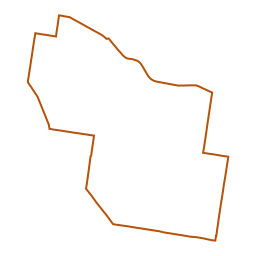 Glen Eira, Victoria, Australia
{"feature_id": "25037944B56718384218889", "entity_name": "Glen Eira", "entity_type": "district", "adm_level": 2, "iso_a3": "AUS", "parent_name": "Australia", "parent_adm1": "Victoria", "projection": "mercator", "projection_center": [145.042, -37.899], "detail": "fine", "context": "isolated", "style": "outline", "palette": "amber", "viewbox_px": 256, "rotation_deg": 0, "n_neighbors": 0, "source": "geoboundaries", "source_scale": "gbopen_adm2", "svg_char_len": 5211}
<svg xmlns="http://www.w3.org/2000/svg" viewBox="0 0 256 256"><path d="M113.0,224.1L114.5,224.4L115.6,224.6L117.5,224.9L118.8,225.0L119.8,225.2L123.4,225.7L124.9,225.9L125.8,226.0L128.9,226.5L132.5,227.1L132.9,227.2L133.8,227.3L136.1,227.7L137.6,227.9L139.8,228.2L141.1,228.4L142.1,228.6L144.6,229.0L146.6,229.3L147.3,229.4L148.6,229.6L151.7,230.1L152.5,230.2L153.7,230.4L159.5,231.3L160.1,231.5L162.4,232.0L163.8,232.4L165.8,232.7L166.1,232.8L168.5,233.1L169.7,233.3L171.6,233.6L174.1,234.0L175.1,234.2L181.3,235.1L182.3,235.3L184.0,235.6L186.5,236.0L189.7,236.6L190.5,236.7L193.0,236.9L195.4,237.1L196.1,237.1L196.4,237.2L200.2,237.8L201.4,238.0L201.5,238.0L205.3,238.8L208.4,239.5L208.6,239.5L208.9,239.6L212.4,240.3L215.3,240.6L215.4,239.8L215.4,239.6L215.7,238.0L215.8,237.4L216.0,236.2L216.0,235.9L216.3,235.9L217.1,229.8L218.1,223.3L218.2,222.6L218.3,221.5L218.5,220.0L218.6,219.1L219.0,216.8L219.1,215.9L219.3,214.5L219.6,212.8L219.7,212.2L220.0,209.9L220.4,207.6L220.7,205.3L221.1,203.0L221.4,200.8L221.4,200.7L221.9,198.3L222.5,194.0L223.1,190.4L223.2,189.4L223.3,188.7L223.5,187.3L223.6,186.6L223.9,184.5L224.4,181.7L224.9,178.8L225.3,176.4L225.7,173.5L225.9,172.5L226.5,168.6L226.6,168.0L226.7,167.3L227.0,164.9L227.2,164.1L227.5,162.2L227.9,159.5L228.0,158.8L228.2,157.7L228.2,156.7L221.4,155.7L220.1,155.4L217.8,155.1L215.6,154.7L214.3,154.5L212.5,154.2L211.8,154.1L210.1,153.9L209.4,153.8L207.7,153.5L206.8,153.4L205.5,153.2L203.1,152.8L203.9,148.1L204.1,147.2L204.4,144.9L204.5,144.2L205.0,140.6L205.1,140.1L205.3,138.9L205.6,136.8L205.7,136.5L205.8,135.6L206.0,134.0L206.2,132.9L206.4,131.6L206.7,129.1L206.8,128.5L207.3,125.0L207.9,120.8L208.0,120.3L208.4,117.8L208.5,117.3L208.7,115.3L209.0,113.6L209.1,113.2L209.3,111.6L209.4,111.0L209.4,110.8L209.7,108.7L210.0,107.1L210.2,105.6L210.6,102.9L211.0,100.3L211.4,97.4L211.8,95.2L211.9,94.7L212.2,92.6L210.7,91.9L209.6,91.4L208.2,90.8L207.0,90.2L204.4,89.0L202.8,88.3L202.0,87.9L200.2,87.0L198.5,86.2L198.1,86.1L197.8,86.0L197.4,85.8L197.1,85.7L196.7,85.6L196.4,85.5L196.0,85.4L195.4,85.4L194.8,85.3L193.7,85.3L192.6,85.3L191.6,85.3L187.9,85.4L184.7,85.5L183.5,85.5L182.2,85.5L181.4,85.5L179.6,85.6L179.0,85.6L178.5,85.5L178.0,85.5L177.5,85.5L177.0,85.4L176.1,85.2L174.4,84.9L173.2,84.7L172.1,84.5L171.8,84.4L169.5,84.0L169.3,84.0L168.1,83.7L166.6,83.5L163.6,82.9L160.9,82.4L158.2,81.9L156.8,81.6L156.2,81.5L155.5,81.3L154.9,81.1L154.5,81.0L154.1,80.8L153.6,80.6L153.0,80.3L152.6,80.1L152.2,79.8L151.8,79.6L151.4,79.3L151.0,79.0L150.5,78.6L150.1,78.3L149.8,78.0L149.5,77.6L149.3,77.4L149.0,77.1L148.7,76.8L148.4,76.4L148.0,75.8L147.6,75.0L146.5,73.2L145.9,72.1L143.8,68.6L143.2,67.5L142.8,66.8L142.0,65.6L141.3,64.5L141.1,64.1L140.8,63.8L140.5,63.4L140.2,63.0L139.8,62.6L139.3,62.1L138.7,61.6L138.1,61.2L137.1,60.7L133.7,59.6L133.0,59.3L131.6,59.1L130.7,59.0L130.1,58.9L129.6,58.8L128.9,58.7L128.7,58.7L126.6,58.2L126.1,58.0L124.1,56.5L123.8,56.2L122.6,55.1L122.0,54.4L121.8,54.1L119.7,51.7L118.3,50.2L117.6,49.4L116.8,48.4L115.4,46.7L114.5,45.6L113.2,44.1L110.5,40.7L109.0,38.9L108.9,38.8L108.7,38.6L108.3,38.5L108.1,38.4L107.9,38.4L107.6,38.5L107.3,38.6L107.1,38.7L107.0,38.8L106.9,38.8L106.6,38.8L106.3,38.8L106.2,38.7L104.9,37.4L104.7,37.2L103.6,36.3L102.2,35.3L101.8,35.0L101.7,34.9L101.4,34.8L99.7,33.8L99.3,33.6L98.2,33.0L97.9,32.8L96.7,32.2L95.8,31.7L94.2,30.8L93.3,30.3L92.2,29.7L89.9,28.4L87.7,27.2L85.7,26.1L81.9,24.0L81.6,23.8L79.3,22.5L77.9,21.7L76.0,20.7L73.7,19.5L71.0,17.9L69.7,17.2L66.0,16.5L65.5,16.5L64.0,16.2L61.9,15.8L59.0,15.4L58.8,16.9L58.7,17.7L58.6,18.6L58.4,19.6L58.3,20.3L58.3,20.7L58.2,21.5L58.0,22.2L58.0,22.8L57.9,23.2L57.6,25.5L57.4,26.9L57.2,27.8L57.0,29.7L56.9,29.9L56.6,31.8L56.3,34.1L56.3,34.3L56.2,35.1L56.0,36.5L52.3,35.9L50.8,35.7L48.1,35.2L46.8,35.0L45.7,34.8L44.4,34.7L43.2,34.5L41.3,34.2L39.3,33.9L39.1,33.8L38.8,33.8L35.3,33.2L35.0,35.4L34.7,37.4L34.6,37.6L34.3,39.6L34.2,40.2L33.9,42.0L33.2,46.7L32.9,48.6L32.5,51.3L32.1,53.9L31.9,55.3L31.8,56.3L31.5,57.8L31.4,58.4L31.1,60.2L31.1,60.6L30.7,63.2L30.5,64.3L30.4,65.3L30.2,66.8L30.1,67.2L29.8,68.8L29.4,72.0L29.2,72.8L29.2,73.1L28.7,76.2L28.6,77.2L28.4,78.2L28.3,78.7L27.8,82.1L28.4,83.0L28.7,83.5L30.2,85.7L31.8,88.0L33.1,90.0L33.7,90.9L35.5,93.7L37.3,96.3L37.6,96.7L37.6,96.9L39.1,100.6L39.6,101.8L40.3,103.5L42.9,110.0L43.4,111.1L44.9,114.9L45.3,115.7L45.6,116.6L45.9,117.4L48.0,122.6L48.7,124.2L48.9,125.4L49.0,125.9L49.5,128.7L49.5,128.9L51.7,129.2L52.5,129.4L54.4,129.7L56.8,130.0L57.2,130.1L60.1,130.5L62.9,130.9L64.8,131.2L66.2,131.5L66.4,131.5L70.4,132.1L71.0,132.2L73.6,132.6L75.0,132.8L75.5,132.9L78.6,133.3L81.1,133.7L83.5,134.1L84.3,134.2L86.7,134.5L88.3,134.8L94.0,135.6L93.4,140.2L93.1,141.8L93.0,142.7L92.9,143.3L92.8,144.2L92.4,146.9L92.4,147.0L92.1,149.3L91.7,151.7L91.4,153.9L91.2,155.6L91.1,155.8L90.8,156.0L90.7,156.1L90.5,156.4L90.3,158.4L90.1,159.4L90.1,160.0L89.9,161.5L89.7,162.8L89.4,165.2L89.1,167.4L88.8,169.4L88.8,169.7L88.5,171.6L88.5,171.9L87.8,177.0L87.6,178.1L87.3,180.5L87.0,182.6L86.2,187.8L86.0,188.6L90.4,194.3L90.9,194.9L91.4,195.5L95.8,201.6L96.7,202.9L99.0,205.8L102.8,210.6L103.4,211.4L105.0,213.3L106.3,214.9L107.0,215.8L107.8,217.0L109.1,218.7L113.0,224.1Z" fill="none" stroke="#b45309" stroke-width="2"/></svg>